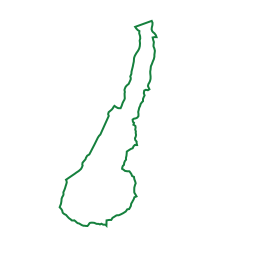 Rongo, Nyanza, Kenya, rotated 204°
{"feature_id": "3690345B66015009568744", "entity_name": "Rongo", "entity_type": "district", "adm_level": 2, "iso_a3": "KEN", "parent_name": "Kenya", "parent_adm1": "Nyanza", "projection": "orthographic", "projection_center": [34.594, -0.817], "detail": "fine", "context": "isolated", "style": "outline", "palette": "green", "viewbox_px": 256, "rotation_deg": 204, "n_neighbors": 0, "source": "geoboundaries", "source_scale": "gbopen_adm2", "svg_char_len": 3288}
<svg xmlns="http://www.w3.org/2000/svg" viewBox="0 0 256 256"><g transform="rotate(204 128 128)"><path d="M149.9,235.5L162.6,223.3L161.0,222.3L158.9,221.4L157.0,221.2L156.3,219.1L154.3,216.8L153.2,214.7L152.9,212.6L151.5,210.3L150.5,207.6L150.1,205.3L150.2,202.9L150.8,199.8L151.1,196.9L151.0,194.9L150.8,194.0L150.5,193.2L149.7,191.0L149.2,188.6L148.6,186.0L148.1,183.1L147.7,180.9L146.9,178.7L146.9,176.0L145.8,174.8L145.3,173.4L145.3,170.9L145.3,168.6L146.3,166.6L146.9,164.8L146.9,162.9L146.7,161.3L145.5,159.6L145.2,158.2L144.1,155.9L143.0,153.8L142.8,152.4L143.0,150.8L143.1,148.7L142.8,145.8L142.8,143.1L144.5,142.3L145.6,142.1L147.5,142.3L149.4,142.7L149.6,141.9L149.8,141.2L149.9,139.8L150.3,138.3L151.2,136.4L152.1,134.6L151.8,132.6L150.5,131.2L150.6,110.7L151.2,109.3L151.6,107.0L151.9,99.4L152.1,96.1L152.4,90.9L152.6,88.1L154.0,86.1L154.3,83.7L154.1,82.1L154.7,80.2L155.4,77.8L154.8,75.8L154.2,75.3L154.1,73.1L154.3,71.4L155.5,68.7L157.1,66.2L158.0,64.6L163.6,55.5L162.7,54.8L161.8,53.3L161.5,51.3L161.3,49.4L161.0,47.1L160.9,45.2L160.9,43.0L160.0,41.3L159.8,40.5L159.8,39.7L160.0,38.3L159.9,36.4L159.1,34.2L158.4,31.5L158.2,27.8L157.5,27.5L156.1,26.9L154.6,25.9L154.1,25.2L153.2,24.1L152.5,23.8L151.3,23.5L149.9,23.4L149.3,23.4L148.8,23.2L147.4,22.5L146.9,22.3L146.3,22.0L144.9,21.5L143.1,21.2L142.6,21.0L141.9,20.7L140.4,21.2L139.5,21.8L137.9,21.4L136.6,20.9L135.7,20.7L135.2,20.6L133.8,20.9L132.2,20.7L131.4,20.6L130.8,20.5L129.0,20.6L127.5,21.2L126.6,21.4L125.2,22.0L124.9,22.8L124.7,23.6L124.5,25.1L124.1,25.9L122.8,26.7L121.3,27.3L119.9,27.7L119.1,27.6L117.6,27.7L116.0,28.4L115.4,28.5L114.4,28.5L113.4,29.7L111.3,29.6L109.4,30.5L108.0,30.0L108.3,30.7L108.6,31.6L109.3,33.1L110.0,34.9L107.9,36.3L105.9,37.2L105.6,39.6L104.1,41.8L103.2,43.2L102.7,43.7L102.2,44.0L101.0,44.5L99.5,46.1L97.8,48.2L96.1,50.8L95.6,53.4L94.0,54.4L93.8,56.3L93.7,57.9L94.3,60.2L94.0,62.6L94.0,63.3L93.9,64.0L93.8,65.4L94.0,67.3L92.4,69.0L94.0,70.2L95.3,71.1L95.9,71.5L96.3,72.2L97.0,73.7L98.0,76.1L98.4,78.7L98.5,80.6L99.7,82.1L101.4,83.8L102.7,85.8L104.7,85.8L106.1,87.2L107.5,88.1L109.1,89.0L111.3,88.1L113.4,87.6L115.1,88.1L116.8,88.3L117.2,89.7L117.3,91.3L116.7,92.7L117.3,94.6L117.4,96.5L116.9,98.3L117.7,99.8L118.1,102.0L118.9,104.4L119.5,106.0L118.3,107.9L116.9,110.0L115.5,111.4L115.5,113.5L114.9,115.2L112.8,116.1L114.0,117.7L114.6,119.1L116.5,120.0L117.5,121.5L117.4,123.0L117.8,124.9L119.0,126.7L119.4,128.0L120.8,129.6L121.2,131.4L122.0,132.8L123.5,133.2L124.4,133.2L124.6,135.2L125.9,135.6L126.4,136.2L127.2,137.6L126.3,139.0L124.9,139.9L123.7,141.3L123.3,143.1L124.2,145.2L125.2,146.8L125.6,149.1L126.0,151.2L125.9,153.0L126.2,155.0L125.8,157.1L125.2,158.6L126.1,160.6L126.2,162.4L126.1,164.5L127.7,166.2L128.2,168.0L128.4,168.8L127.2,170.2L125.2,170.6L124.2,172.1L125.6,173.3L126.9,174.5L127.2,176.5L127.0,178.2L127.0,179.9L127.4,182.1L128.4,184.4L129.8,186.8L130.7,188.7L131.2,190.7L132.2,193.7L132.2,196.1L132.3,197.7L132.4,199.3L132.4,201.4L132.9,203.9L133.7,205.7L134.2,207.4L134.8,209.4L136.3,211.4L137.8,212.8L138.1,213.3L138.4,214.1L138.8,215.3L139.3,217.0L140.9,218.8L142.3,220.7L140.8,221.8L138.9,222.6L140.3,224.1L142.4,225.3L144.1,225.7L145.5,226.5L146.6,227.8L147.1,229.4L147.6,232.1L148.4,234.1L149.9,235.5Z" fill="none" stroke="#15803d" stroke-width="2"/></g></svg>